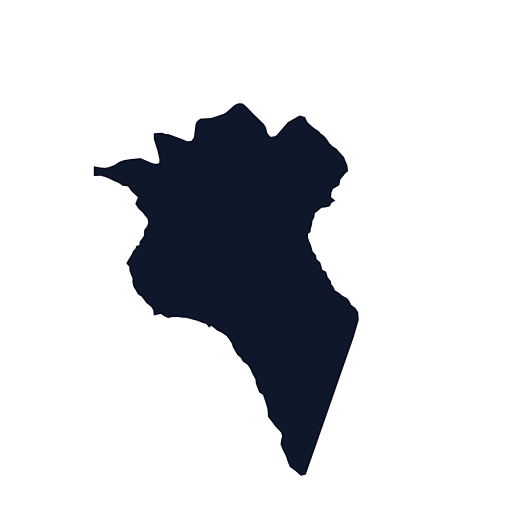 Mortugaba, Bahia, Brazil, rotated 131°
{"feature_id": "56859067B4294097678896", "entity_name": "Mortugaba", "entity_type": "district", "adm_level": 2, "iso_a3": "BRA", "parent_name": "Brazil", "parent_adm1": "Bahia", "projection": "equal_earth", "projection_center": [-42.316, -14.969], "detail": "fine", "context": "isolated", "style": "filled", "palette": "ink", "viewbox_px": 512, "rotation_deg": 131, "n_neighbors": 0, "source": "geoboundaries", "source_scale": "gbopen_adm2", "svg_char_len": 2660}
<svg xmlns="http://www.w3.org/2000/svg" viewBox="0 0 512 512"><g transform="rotate(131 256 256)"><path d="M391.7,78.4L388.2,75.9L333.5,97.7L273.3,121.8L254.4,129.3L237.2,137.2L234.3,140.2L232.1,142.4L230.8,146.7L231.2,152.3L229.5,156.2L228.8,159.8L230.0,164.2L230.1,169.5L231.0,174.2L229.3,177.2L228.5,181.2L226.6,183.3L225.7,188.2L222.7,192.8L223.7,197.1L221.8,199.8L219.5,203.5L219.4,208.5L216.8,211.5L216.1,216.6L212.4,222.0L210.5,226.2L208.4,229.5L205.4,232.1L202.3,231.4L199.2,233.5L195.9,234.9L193.1,237.0L188.7,238.2L185.0,240.6L182.1,239.7L178.7,239.3L176.1,238.9L174.0,236.6L170.1,233.8L166.1,234.6L163.0,233.5L163.1,238.3L159.0,241.4L154.8,242.7L151.5,241.6L148.0,240.4L143.1,243.3L139.7,243.3L136.0,243.5L131.7,243.1L128.2,247.1L126.5,250.7L124.4,254.6L123.6,261.3L123.0,265.8L123.8,270.3L123.3,275.3L122.0,279.8L121.5,283.4L121.8,287.5L121.4,290.8L122.0,294.6L122.2,299.8L122.0,305.4L119.8,310.1L121.8,314.6L134.3,319.0L150.9,318.9L153.5,319.5L157.4,322.9L156.6,328.2L153.1,333.2L152.0,336.8L151.1,352.7L150.3,361.2L150.4,365.9L152.6,368.7L156.1,370.5L167.5,372.0L170.5,373.1L181.8,379.8L189.1,387.3L193.2,388.2L196.0,387.3L207.1,379.8L212.0,379.5L215.3,382.9L217.1,388.5L222.0,401.4L223.9,403.9L225.4,407.5L230.5,412.6L234.3,409.2L240.8,398.6L246.1,391.5L249.0,389.3L251.8,390.5L253.7,392.9L255.1,396.0L258.6,407.0L265.8,413.8L271.0,418.1L274.9,420.2L280.7,421.9L283.8,423.6L286.6,425.2L289.2,427.4L292.0,431.2L294.9,436.1L301.0,430.8L296.9,426.6L294.6,421.9L293.1,417.6L291.9,412.9L290.2,407.7L289.8,403.2L286.6,398.3L288.0,392.9L288.3,388.1L288.3,383.1L291.6,382.0L295.2,380.7L296.6,375.9L296.8,370.2L297.7,365.9L298.3,361.9L301.0,358.7L304.7,357.0L309.4,356.7L313.8,353.2L317.2,352.7L321.1,352.5L324.4,350.2L326.9,352.1L329.4,351.1L332.4,351.3L336.2,350.2L339.4,349.6L342.6,349.1L346.0,348.5L346.4,344.4L349.7,341.1L351.9,336.8L353.4,333.9L356.4,331.5L359.0,327.7L360.2,323.7L361.6,319.7L360.9,315.9L361.8,311.6L362.6,308.0L362.4,301.4L363.6,297.6L366.8,294.2L364.4,292.5L361.4,290.2L360.9,285.7L359.8,282.1L357.0,280.1L352.4,275.1L350.5,271.9L347.8,268.5L345.5,263.9L344.0,260.7L342.5,257.7L340.9,252.8L339.1,249.2L339.9,245.0L337.3,244.8L337.0,240.6L337.0,236.7L335.9,233.0L335.3,229.6L334.9,225.7L335.9,221.2L337.3,216.4L339.3,213.3L340.7,209.2L342.1,205.4L342.1,200.7L343.5,196.5L342.9,190.5L344.5,185.4L346.4,181.6L348.8,175.1L351.8,171.9L356.0,164.0L355.4,159.6L359.1,153.2L362.9,147.1L365.5,144.2L368.8,141.1L370.1,134.3L371.1,129.8L371.5,126.3L372.0,121.0L374.6,117.1L377.3,116.1L381.5,113.4L384.3,107.8L386.0,103.6L387.6,100.2L389.5,97.3L392.2,92.0L391.6,85.1L391.7,78.4Z" fill="#0f172a" stroke="#020617" stroke-width="1.5"/></g></svg>